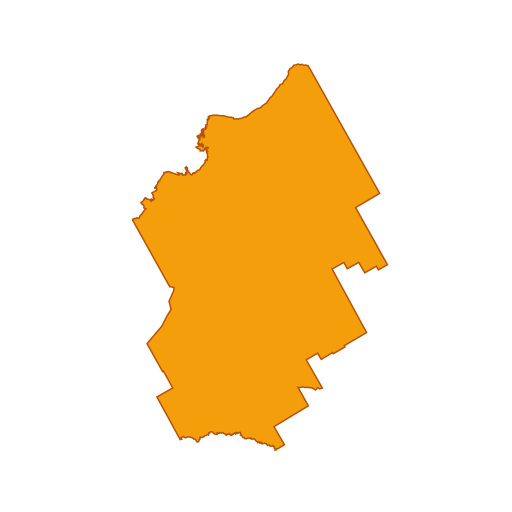 Bahía Blanca, Buenos Aires, Argentina (Natural Earth projection), rotated 106°
{"feature_id": "61730980B87066922657052", "entity_name": "Bahía Blanca", "entity_type": "district", "adm_level": 2, "iso_a3": "ARG", "parent_name": "Argentina", "parent_adm1": "Buenos Aires", "projection": "natural_earth1", "projection_center": [-62.323, -38.588], "detail": "fine", "context": "isolated", "style": "filled", "palette": "amber", "viewbox_px": 512, "rotation_deg": 106, "n_neighbors": 0, "source": "geoboundaries", "source_scale": "gbopen_adm2", "svg_char_len": 6137}
<svg xmlns="http://www.w3.org/2000/svg" viewBox="0 0 512 512"><g transform="rotate(106 256 256)"><path d="M434.9,181.6L429.5,176.6L415.1,191.7L385.6,164.4L370.7,179.4L370.5,178.0L369.2,175.4L368.9,174.2L368.9,172.4L368.5,171.8L367.3,165.9L368.4,161.9L367.3,161.1L366.4,160.9L365.8,160.5L365.7,159.8L366.2,158.3L364.7,155.8L342.0,179.1L332.4,170.0L337.4,164.8L327.7,155.8L328.6,154.7L318.9,145.4L317.8,146.4L299.1,128.6L247.5,179.3L238.0,169.7L243.1,164.7L233.8,155.5L242.2,146.8L232.7,137.5L235.6,134.5L228.1,127.3L182.0,173.6L161.7,154.4L58.6,258.4L58.8,258.8L58.7,260.8L59.3,261.8L59.4,263.5L59.1,264.8L60.1,266.4L59.8,268.0L60.0,268.7L61.2,270.1L62.0,272.0L65.3,273.6L66.4,274.9L69.6,275.8L72.5,274.8L77.2,275.8L79.6,277.3L83.4,278.0L84.5,280.1L86.6,280.4L89.6,282.0L98.0,284.7L100.1,286.1L105.9,288.0L109.9,291.3L112.0,292.4L113.2,293.7L113.5,294.8L114.1,295.6L117.5,298.7L125.1,304.0L125.6,305.8L126.6,306.4L127.6,307.6L128.1,309.1L129.2,310.8L129.5,312.6L130.3,314.4L130.2,315.2L129.2,316.0L129.5,316.7L129.5,318.7L130.2,320.7L130.1,325.4L131.1,329.8L131.2,331.5L132.5,336.1L134.3,339.4L134.9,340.0L135.5,340.2L135.8,339.7L136.1,339.8L136.2,339.2L136.6,339.4L136.7,338.9L137.1,338.9L137.8,339.3L137.9,340.3L138.6,340.6L138.9,340.4L139.0,339.9L141.7,339.6L142.9,339.0L143.3,339.2L143.6,340.2L144.4,340.3L145.1,340.1L145.3,339.1L145.7,339.1L146.5,340.0L146.7,339.4L147.3,339.3L147.4,339.6L148.0,339.6L147.9,340.2L148.4,341.1L148.1,341.9L149.5,342.9L150.1,342.9L150.6,342.3L150.0,341.9L150.0,340.8L150.8,341.2L151.2,342.4L151.5,341.9L151.0,341.6L151.0,340.8L152.1,340.3L152.3,341.2L151.9,341.4L152.4,341.6L152.3,342.4L152.8,342.3L152.6,340.9L153.3,340.5L153.2,341.8L153.8,342.9L154.7,341.8L154.2,341.1L153.8,339.5L154.8,339.4L154.8,338.6L155.7,338.5L155.4,339.1L156.1,339.4L155.0,339.8L154.7,340.9L155.2,341.0L155.2,341.4L155.5,341.5L155.6,342.7L155.2,343.3L155.7,343.8L155.8,344.5L157.1,345.6L157.7,344.8L157.4,344.4L157.3,342.7L158.4,344.0L158.6,342.4L159.3,342.0L160.0,342.9L161.2,342.5L162.8,342.9L164.2,342.8L164.3,342.6L163.7,342.3L163.7,341.6L164.1,341.1L163.7,339.4L162.7,339.0L163.7,337.6L164.8,336.8L165.6,336.9L165.8,337.1L165.0,338.0L165.3,338.9L165.3,339.4L164.5,339.5L165.4,340.5L165.0,341.3L165.8,341.3L167.2,342.4L167.8,343.5L167.9,343.0L168.5,342.4L168.4,341.9L168.8,341.4L168.8,339.6L169.8,338.7L170.4,338.5L169.5,337.1L169.8,335.8L168.8,335.8L168.5,335.0L167.6,334.5L166.9,335.0L165.7,334.4L165.9,333.7L165.5,333.7L165.5,333.1L165.0,332.8L165.3,332.1L165.2,331.7L165.6,331.7L167.2,333.4L168.1,333.0L168.5,332.5L168.4,332.2L168.7,331.9L168.6,331.3L168.8,331.2L169.2,331.5L169.1,332.3L169.5,332.4L170.6,331.6L171.1,330.7L172.3,330.6L174.5,329.5L175.3,329.9L177.3,329.3L177.5,330.0L177.2,330.7L177.9,331.1L178.5,331.2L179.3,330.9L179.3,330.6L179.9,330.7L183.0,331.7L184.7,332.9L187.2,333.7L188.0,333.6L188.7,334.0L189.7,335.7L190.7,336.0L190.8,336.4L191.3,336.8L191.9,336.8L193.4,337.6L193.3,338.1L192.4,338.7L193.3,338.4L193.7,338.6L193.6,339.1L193.9,339.6L195.3,339.7L195.9,340.7L193.9,343.7L192.0,345.7L190.0,346.3L189.9,346.9L189.5,347.6L190.1,347.7L190.7,348.4L191.6,347.8L191.9,347.0L193.6,346.3L194.6,345.5L194.7,346.0L195.2,346.5L196.0,346.5L196.2,345.3L197.5,346.1L197.6,347.0L198.1,347.7L198.0,348.4L198.4,349.1L197.9,349.8L197.0,349.7L196.9,350.1L197.7,351.0L197.5,352.1L197.6,354.2L197.9,353.8L197.8,353.1L198.4,353.2L199.2,352.4L199.6,352.5L199.2,359.1L199.4,361.4L199.0,361.5L199.0,363.5L199.4,364.3L199.8,364.5L199.7,365.1L199.9,365.4L200.2,365.3L201.2,367.6L202.7,367.0L204.1,367.9L207.3,368.7L208.4,369.2L210.1,369.2L210.2,369.7L211.0,370.0L210.9,370.3L212.2,370.7L212.5,370.3L215.6,371.0L216.0,371.1L215.9,371.4L216.7,371.7L217.2,371.6L217.1,370.7L218.2,370.5L218.4,372.2L218.6,372.2L218.4,370.5L218.9,370.2L219.0,369.7L219.8,369.7L221.0,370.4L224.1,373.5L226.3,371.3L226.8,371.3L227.4,370.8L228.4,370.9L228.9,370.5L228.8,369.7L229.2,369.5L230.1,369.8L230.0,370.2L230.5,370.3L230.6,370.7L230.2,372.1L231.7,371.5L232.3,371.7L231.9,372.6L231.1,373.4L231.2,376.9L230.4,378.0L230.9,378.8L231.6,378.6L232.3,379.3L234.0,379.5L235.5,380.4L236.1,381.3L237.5,380.1L237.9,378.6L238.5,377.7L239.5,377.2L240.4,377.2L240.8,376.7L240.7,375.4L240.9,374.8L243.4,376.2L244.6,376.3L245.4,377.1L246.9,377.1L248.7,378.3L248.9,378.2L249.3,378.5L251.8,378.9L251.8,379.4L252.3,380.1L252.1,381.2L253.4,382.3L253.3,383.0L253.8,383.3L254.2,384.3L255.3,384.7L309.3,330.5L308.8,326.2L312.1,325.6L323.6,327.1L330.6,322.9L338.9,325.2L349.4,327.2L370.3,336.6L392.9,313.9L392.2,313.2L405.8,299.7L418.8,312.4L453.4,278.2L452.5,276.9L451.7,277.9L451.3,277.9L450.0,276.4L449.5,275.7L450.2,274.5L450.0,273.3L448.5,271.5L448.3,269.3L448.4,266.5L449.1,265.4L448.8,264.6L448.9,264.0L450.9,261.6L450.9,260.7L449.6,259.8L448.4,260.1L447.5,259.4L445.9,259.9L445.5,259.7L445.5,258.2L444.3,256.3L443.1,255.8L442.7,255.5L442.5,254.7L441.3,253.9L441.0,253.1L441.3,252.5L440.8,252.2L439.8,252.7L439.0,252.6L438.9,251.8L438.3,251.9L437.6,251.3L437.1,249.5L437.5,249.1L438.6,246.4L437.8,245.0L438.3,244.5L438.3,244.2L437.8,243.9L437.2,244.8L436.4,244.3L436.7,243.2L436.5,242.2L435.9,242.2L435.3,240.8L435.7,240.1L435.1,239.4L435.6,237.0L435.5,236.3L435.6,235.9L436.2,235.7L436.5,234.9L434.9,234.1L434.8,233.4L434.1,232.9L434.4,232.0L435.0,232.0L435.3,230.0L434.7,229.6L434.2,229.9L433.7,229.5L433.7,228.8L432.0,227.9L432.0,227.1L432.9,226.6L432.4,226.1L430.9,226.0L431.5,224.6L430.5,224.1L429.9,222.5L430.8,222.2L431.3,221.6L432.4,221.7L432.6,220.6L432.5,220.2L433.8,218.9L434.1,218.2L434.0,217.3L434.6,216.5L434.3,215.6L434.5,215.1L433.0,213.6L433.1,211.0L433.1,210.6L432.6,210.7L432.9,209.8L433.2,209.5L432.9,209.2L432.9,208.6L432.2,207.0L433.6,205.4L434.0,204.3L433.9,203.9L434.9,202.9L434.3,202.4L434.6,201.2L433.9,201.4L434.3,200.3L433.6,199.8L434.1,198.8L434.7,199.1L434.9,198.9L434.6,197.6L433.6,196.5L433.7,195.3L433.5,194.4L433.9,194.1L434.3,193.3L434.9,192.9L434.3,192.2L434.2,191.2L434.7,190.6L434.4,190.1L434.7,189.4L434.4,188.1L433.6,187.5L433.6,187.0L434.1,186.6L434.4,185.6L435.5,185.6L435.9,184.4L437.1,184.4L436.8,183.6L437.0,183.3L436.6,183.2L436.2,183.6L434.9,181.6Z" fill="#f59e0b" stroke="#b45309" stroke-width="1.5"/></g></svg>